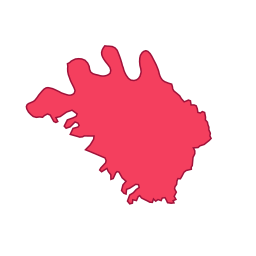 outline of Machadinho, Rio Grande do Sul, Brazil, rotated 324°
{"feature_id": "56859067B5606080296655", "entity_name": "Machadinho", "entity_type": "district", "adm_level": 2, "iso_a3": "BRA", "parent_name": "Brazil", "parent_adm1": "Rio Grande do Sul", "projection": "equal_earth", "projection_center": [-51.684, -27.589], "detail": "fine", "context": "isolated", "style": "filled", "palette": "rose", "viewbox_px": 256, "rotation_deg": 324, "n_neighbors": 0, "source": "geoboundaries", "source_scale": "gbopen_adm2", "svg_char_len": 3018}
<svg xmlns="http://www.w3.org/2000/svg" viewBox="0 0 256 256"><g transform="rotate(324 128 128)"><path d="M116.8,40.4L115.5,42.8L114.1,44.4L112.5,46.8L111.1,49.8L110.2,53.0L109.5,55.3L109.0,57.6L108.5,60.7L108.0,63.7L107.1,66.7L104.8,68.3L103.0,68.3L101.3,67.9L99.5,66.8L98.2,65.3L96.5,63.0L94.7,60.4L93.7,58.2L92.4,55.8L91.3,53.8L90.1,51.8L88.4,49.8L87.0,48.3L85.3,47.4L82.9,47.2L80.0,47.7L77.6,48.3L75.2,48.9L72.5,49.9L70.3,50.5L68.7,50.9L66.9,50.9L64.6,50.4L62.0,49.8L60.2,49.8L58.4,50.9L57.4,52.9L56.9,56.5L57.3,59.8L58.1,63.0L60.1,65.5L62.9,67.0L65.2,69.1L67.7,68.8L71.1,69.3L72.7,71.9L71.8,79.1L72.9,81.1L75.0,81.5L75.8,77.2L79.9,78.9L87.7,79.0L90.0,79.7L93.2,80.7L95.1,86.7L92.9,88.1L89.5,87.5L83.7,85.8L77.5,89.0L77.8,91.8L81.9,93.1L88.7,92.0L90.4,94.6L90.0,97.2L88.0,97.8L83.3,96.0L77.5,99.2L82.4,105.4L83.6,107.0L86.0,108.4L88.0,108.7L91.3,111.2L95.8,114.5L93.6,116.9L90.1,118.4L87.3,119.5L80.8,120.6L83.0,124.1L91.8,138.7L91.1,141.5L89.4,143.0L82.6,144.3L80.4,145.3L80.9,147.9L87.2,148.3L86.5,151.6L86.6,155.7L84.0,159.5L86.3,160.2L91.8,157.1L93.5,156.8L94.8,158.4L94.0,164.9L95.1,169.9L90.4,171.1L86.0,174.8L86.3,178.3L87.6,180.3L90.8,176.8L94.0,177.7L101.1,178.1L103.2,180.0L102.1,182.7L98.5,182.6L94.3,183.5L90.0,183.2L84.6,186.8L84.8,190.4L87.4,191.4L89.7,188.9L92.2,191.7L95.9,189.5L97.7,189.6L97.8,192.6L99.4,195.7L100.8,198.3L102.0,200.8L104.0,202.5L106.9,200.4L107.4,203.5L110.2,203.5L112.1,206.2L114.5,204.8L117.0,206.1L116.6,209.1L116.1,211.7L118.7,214.2L121.2,215.6L121.8,213.3L124.8,214.0L125.2,210.4L129.4,208.3L129.9,204.6L131.5,203.1L134.2,202.2L136.6,199.5L138.7,198.3L140.5,199.9L143.1,198.8L147.3,196.7L150.1,196.6L155.0,198.6L156.1,196.9L157.9,196.2L163.3,190.0L166.9,188.1L168.6,185.8L169.2,182.5L173.2,185.0L175.7,184.7L180.0,186.1L186.4,185.8L189.1,185.3L189.6,182.5L191.5,180.7L192.4,176.9L193.9,174.9L194.7,172.0L195.7,170.0L195.4,166.9L197.1,164.8L199.1,160.5L197.8,158.4L195.3,158.4L193.7,156.4L195.4,153.1L196.2,150.1L195.1,148.3L192.6,146.4L194.5,142.7L193.3,140.9L191.3,140.5L188.8,139.8L188.4,135.7L188.7,132.3L187.8,128.5L186.9,125.1L187.1,122.7L188.2,120.7L189.1,118.2L187.0,115.4L184.9,112.1L184.0,109.5L184.0,107.0L184.4,104.7L185.2,102.3L186.3,99.7L187.2,96.4L187.9,93.5L188.3,91.1L188.8,87.8L189.4,83.9L189.6,80.8L189.1,77.7L187.9,76.0L186.0,75.3L183.9,75.3L180.8,76.5L178.6,78.4L176.4,81.1L174.4,84.5L173.1,87.7L171.6,90.4L169.9,91.8L168.1,93.2L165.6,94.1L163.2,94.1L160.7,93.1L158.4,90.9L157.5,88.1L157.5,84.3L158.0,81.1L158.6,78.8L159.5,76.5L160.1,74.3L161.1,71.8L162.5,67.7L163.5,64.3L164.3,61.3L164.9,58.7L164.6,55.6L163.2,52.9L160.9,50.8L159.0,49.3L157.5,47.9L155.1,48.7L152.9,49.8L151.0,51.4L149.8,53.4L149.2,55.6L148.9,57.8L148.8,61.0L149.0,64.7L149.0,68.4L147.9,71.3L145.7,73.2L143.6,73.3L141.8,73.0L140.0,72.3L138.3,71.3L136.5,69.7L134.7,67.4L133.1,65.6L131.5,63.4L130.7,60.8L131.4,58.0L132.8,55.3L133.5,51.8L133.0,47.9L131.2,45.0L128.8,42.9L126.0,41.3L123.4,40.8L121.4,40.5L119.1,40.8L116.8,40.4Z" fill="#f43f5e" stroke="#9f1239" stroke-width="1.5"/></g></svg>